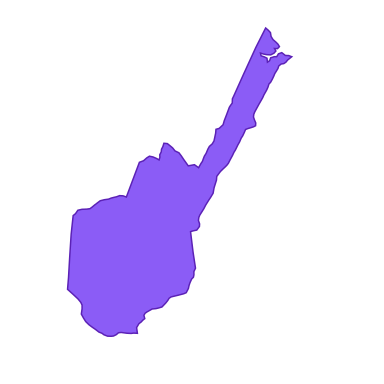 outline of São Vicente Ferrer, Maranhão, Brazil, rotated 137°
{"feature_id": "56859067B59891641299811", "entity_name": "São Vicente Ferrer", "entity_type": "district", "adm_level": 2, "iso_a3": "BRA", "parent_name": "Brazil", "parent_adm1": "Maranhão", "projection": "natural_earth1", "projection_center": [-45.015, -2.873], "detail": "fine", "context": "isolated", "style": "filled", "palette": "violet", "viewbox_px": 384, "rotation_deg": 137, "n_neighbors": 0, "source": "geoboundaries", "source_scale": "gbopen_adm2", "svg_char_len": 2728}
<svg xmlns="http://www.w3.org/2000/svg" viewBox="0 0 384 384"><g transform="rotate(137 192 192)"><path d="M328.3,125.9L325.0,130.6L320.6,131.9L317.8,131.6L315.4,131.8L312.9,131.6L311.3,134.6L309.0,135.3L306.7,135.0L300.9,133.6L297.9,131.3L295.4,129.9L292.4,128.4L287.0,128.7L283.7,129.2L281.2,129.9L278.8,129.5L275.6,127.7L272.6,126.0L267.4,123.2L264.9,122.3L260.4,123.9L258.0,125.6L255.4,127.0L251.6,128.6L249.1,128.7L247.1,130.1L244.9,132.5L241.4,133.9L232.1,147.5L220.1,164.0L217.8,162.9L214.5,160.9L210.1,161.7L208.2,163.5L206.7,166.8L204.4,168.7L202.0,169.8L198.9,170.6L194.8,171.7L190.9,173.1L187.2,174.1L185.0,174.7L182.3,175.3L177.4,176.7L175.3,178.3L173.0,180.0L170.4,181.5L166.0,184.0L163.3,186.5L160.2,187.1L157.2,187.6L153.7,187.7L150.6,187.7L148.2,187.8L145.8,188.2L142.0,189.6L137.5,191.1L134.3,192.4L131.7,193.1L129.3,194.0L126.5,195.1L123.0,196.2L119.4,197.8L116.6,198.5L113.1,199.9L110.2,201.2L107.9,200.3L104.9,198.8L102.5,197.7L100.3,197.1L98.3,199.0L97.2,202.0L95.9,204.9L93.8,206.7L91.4,207.8L89.0,208.6L83.3,210.5L78.4,212.0L75.9,212.8L73.1,214.0L70.2,214.9L67.7,215.7L64.9,216.9L62.1,218.5L59.8,218.6L56.4,219.7L52.9,221.1L50.8,222.1L47.8,222.9L44.9,223.7L42.7,225.0L39.5,224.8L37.3,223.3L34.8,222.9L32.1,223.3L26.8,222.9L28.2,225.8L30.6,228.2L31.3,232.7L34.5,234.1L37.7,233.2L39.6,234.9L43.0,236.5L45.7,235.1L48.3,235.5L45.9,238.7L47.0,241.6L48.6,244.5L47.2,246.9L45.6,244.1L43.7,241.5L40.9,238.6L37.4,237.6L34.5,237.9L33.8,240.7L31.7,238.5L28.9,238.7L28.3,241.6L28.4,244.2L28.8,248.2L28.1,251.8L25.9,255.1L25.9,258.5L26.3,261.7L46.7,254.2L53.5,251.4L73.9,243.0L96.1,233.7L98.9,232.6L101.9,229.6L104.6,229.1L106.9,228.5L112.3,225.8L114.3,224.8L119.7,222.2L123.4,220.0L128.8,220.0L131.7,221.5L134.7,218.8L138.0,216.5L141.0,214.4L144.3,213.4L148.2,213.5L151.2,212.5L155.4,210.6L158.5,209.8L161.0,208.6L163.5,207.3L165.8,206.8L170.6,205.3L171.6,210.3L176.9,213.7L175.9,221.4L175.2,225.7L174.8,229.6L176.4,233.6L176.1,237.5L176.5,240.7L177.0,244.2L179.3,246.8L182.5,245.0L185.1,244.1L187.2,242.3L190.2,241.2L191.8,239.3L194.2,237.9L195.1,240.8L196.6,244.2L198.7,247.2L201.8,247.8L206.1,247.9L210.2,249.6L243.4,233.1L245.1,236.3L247.4,238.7L250.5,240.0L252.9,241.4L255.3,242.7L257.9,243.7L261.3,246.1L265.1,248.2L272.0,248.9L275.6,249.1L278.0,249.4L280.7,251.3L284.3,254.4L287.9,256.5L292.0,255.6L295.0,255.8L309.1,243.6L326.8,226.9L340.6,213.7L349.4,205.7L348.8,198.9L348.3,191.6L348.6,187.1L349.5,184.3L352.1,181.5L356.2,178.2L357.3,173.9L358.1,169.7L357.9,165.3L357.2,161.4L356.3,157.3L355.6,153.0L354.2,150.1L353.8,147.7L352.1,144.2L349.5,141.6L347.6,140.2L344.6,139.3L341.8,139.2L339.6,137.6L336.0,133.2L333.0,130.1L330.9,128.6L328.3,125.9Z" fill="#8b5cf6" stroke="#5b21b6" stroke-width="1.5"/></g></svg>